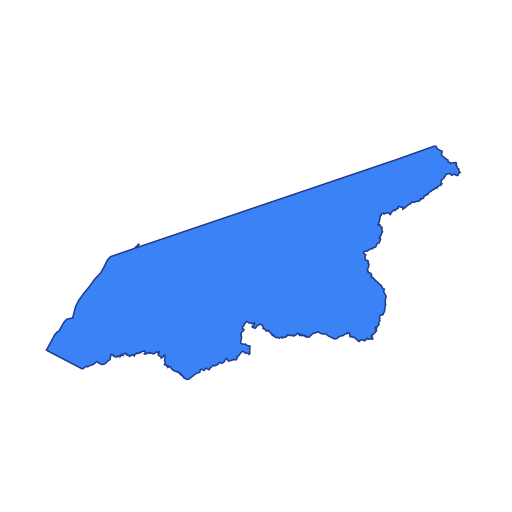 outline of Cantagallo, Bolívar, Colombia, rotated 207°
{"feature_id": "7082276B88554525849396", "entity_name": "Cantagallo", "entity_type": "district", "adm_level": 2, "iso_a3": "COL", "parent_name": "Colombia", "parent_adm1": "Bolívar", "projection": "natural_earth1", "projection_center": [-74.16, 7.216], "detail": "fine", "context": "isolated", "style": "filled", "palette": "blue", "viewbox_px": 512, "rotation_deg": 207, "n_neighbors": 0, "source": "geoboundaries", "source_scale": "gbopen_adm2", "svg_char_len": 6150}
<svg xmlns="http://www.w3.org/2000/svg" viewBox="0 0 512 512"><g transform="rotate(207 256 256)"><path d="M385.2,189.5L386.3,186.4L386.6,183.9L386.4,177.2L386.8,170.3L389.2,162.1L390.4,154.1L392.4,144.9L393.8,136.3L393.8,128.5L393.8,129.0L391.3,117.6L396.0,113.7L397.1,109.5L397.5,99.6L398.7,97.9L399.6,94.7L400.0,76.9L359.6,76.5L358.9,77.3L357.8,79.7L356.4,81.1L355.6,80.8L354.8,82.5L352.2,84.9L350.5,88.1L350.2,89.5L349.3,89.7L347.1,89.2L343.7,89.4L342.0,91.1L341.0,92.9L340.6,94.7L339.2,97.2L339.1,97.8L340.3,101.4L340.3,102.8L338.7,102.6L338.0,103.0L337.8,102.4L337.0,102.5L337.0,102.2L336.4,102.0L334.3,102.8L333.8,104.2L333.6,104.2L333.7,103.5L331.9,105.2L331.8,105.8L331.4,105.0L331.3,106.0L330.5,106.2L330.5,107.1L329.5,107.2L330.3,107.7L329.7,109.1L328.5,109.3L327.6,110.4L326.9,110.1L326.9,109.5L326.3,109.1L324.7,109.6L323.1,109.1L322.7,109.7L322.7,110.8L321.6,111.0L321.4,112.0L319.1,111.7L319.6,112.8L318.8,113.4L318.5,115.3L317.7,115.1L316.5,116.0L316.0,117.1L314.9,117.3L314.9,118.7L313.8,119.2L312.3,120.8L310.9,119.9L311.1,118.0L310.8,118.0L310.0,118.7L309.2,118.8L308.9,120.0L307.9,121.3L307.0,120.8L306.1,121.3L306.0,122.1L303.2,122.1L301.9,123.4L301.6,125.3L300.0,125.1L298.9,126.9L298.5,126.9L298.4,124.0L297.9,123.2L294.7,122.8L294.1,122.0L293.0,123.9L293.3,125.6L292.0,126.2L290.8,123.9L290.7,122.7L290.2,122.1L290.0,121.1L289.0,120.8L288.5,120.2L288.5,118.7L288.1,117.5L287.1,118.1L286.0,117.8L285.0,118.2L285.0,117.2L283.9,116.6L283.6,117.1L284.1,117.8L283.1,117.8L281.7,118.4L281.1,118.2L280.9,117.5L277.8,116.5L275.1,116.7L274.6,117.1L273.7,116.7L272.8,117.6L271.8,116.8L270.7,117.3L270.6,116.7L269.8,116.8L269.3,115.8L267.9,116.4L267.0,115.5L265.9,115.6L265.1,114.6L261.8,114.6L260.1,115.5L255.8,124.6L253.3,126.8L254.0,129.7L252.3,130.7L251.1,130.2L250.1,130.9L249.9,132.9L249.4,133.5L246.2,133.3L245.9,135.3L244.7,139.0L243.0,139.4L241.2,141.4L240.6,142.4L240.6,144.2L240.3,144.7L238.2,144.6L237.0,145.8L236.2,147.9L236.4,148.8L236.0,151.1L235.6,151.4L235.0,151.2L232.9,149.8L229.8,152.5L228.9,153.8L227.5,153.8L226.9,154.2L226.3,155.9L227.0,157.3L226.2,159.2L225.4,163.7L224.7,164.8L224.0,165.3L222.0,164.5L218.4,165.8L217.6,165.1L217.4,165.4L217.2,166.3L217.5,167.0L218.8,169.1L220.5,173.1L223.0,172.3L225.7,172.7L227.0,171.6L230.0,171.4L230.5,171.7L231.9,177.2L233.3,178.3L233.3,179.1L234.0,179.8L234.4,181.0L233.3,183.6L233.3,185.1L235.2,185.1L235.9,186.5L235.2,187.8L235.5,190.2L235.0,191.4L234.9,192.8L234.2,193.7L231.7,193.1L229.7,194.3L228.8,193.7L227.6,194.7L227.3,195.9L226.5,195.0L226.5,192.7L227.4,191.9L227.4,191.1L226.7,190.9L224.1,191.1L223.6,192.1L223.5,193.6L221.9,196.8L219.8,197.4L217.5,196.3L216.8,194.5L215.7,194.9L215.1,194.6L214.0,194.8L212.8,193.6L211.7,195.1L211.1,195.3L210.7,194.7L208.2,194.4L207.6,193.5L206.1,193.7L205.5,192.6L204.0,193.4L203.5,192.5L202.5,192.8L201.3,192.3L200.3,193.1L197.9,193.3L197.4,194.5L196.4,194.8L195.8,195.6L195.2,195.0L194.5,196.1L192.6,197.2L192.3,198.1L192.6,199.3L191.8,199.3L191.5,200.1L189.4,200.6L188.9,201.5L186.8,201.5L186.2,202.9L185.6,202.3L184.6,203.9L184.3,205.8L181.7,206.4L181.5,206.0L182.2,205.5L180.9,205.0L179.7,206.6L179.1,205.8L178.3,206.9L176.6,206.5L176.2,207.6L174.7,206.4L173.9,206.9L174.0,207.4L172.0,207.5L170.0,213.1L168.7,214.0L165.9,216.8L164.0,216.4L162.1,216.5L160.7,217.0L158.7,218.3L155.9,217.7L148.4,217.7L146.4,219.4L145.0,222.4L142.2,224.7L141.2,226.9L139.8,228.0L139.9,228.7L139.6,229.2L138.6,229.1L137.7,229.8L135.5,226.7L134.1,227.7L133.4,227.3L131.5,228.3L130.8,227.8L129.1,227.4L128.4,227.6L127.6,226.9L126.5,226.9L125.9,226.4L125.0,226.9L125.1,228.2L123.8,229.2L121.8,229.8L120.6,229.7L119.5,233.3L119.0,233.3L118.3,232.7L116.4,234.1L114.6,234.6L114.3,235.0L114.5,235.6L116.6,236.4L116.2,237.2L116.9,237.1L117.1,237.5L116.4,239.1L115.8,239.6L115.8,240.8L115.2,241.6L114.8,243.8L114.8,244.5L115.7,244.4L115.8,246.6L117.0,246.0L117.1,246.3L116.8,247.4L115.6,249.1L115.3,251.0L116.6,252.0L116.2,254.6L117.4,256.0L117.6,257.1L118.7,258.7L118.5,259.4L116.1,261.6L116.6,262.5L116.3,263.5L116.5,265.4L118.3,270.5L118.3,271.5L119.0,272.1L121.1,276.1L121.2,277.8L122.0,279.4L126.1,282.2L126.6,284.8L127.9,284.4L131.2,286.7L133.0,286.8L133.9,287.3L135.1,287.3L135.9,288.0L138.6,288.4L139.5,289.0L140.6,289.0L141.4,289.8L143.9,289.6L144.2,290.0L144.1,291.4L145.9,292.7L148.7,292.3L149.1,293.3L149.8,293.2L150.5,294.4L150.9,297.7L151.6,300.1L153.1,300.6L153.4,302.2L154.0,302.5L155.1,302.6L156.8,302.1L158.6,304.8L158.7,306.8L161.7,307.5L161.9,307.9L161.9,308.8L160.3,310.3L159.0,310.9L158.2,313.0L155.8,315.5L155.4,315.5L155.5,316.7L154.5,317.1L153.5,318.4L153.6,322.2L153.4,322.7L152.3,323.4L152.2,324.0L152.6,327.3L153.5,328.4L154.2,327.9L154.5,328.8L153.9,331.4L154.4,331.7L154.2,335.1L156.0,336.5L156.1,337.9L156.8,338.7L157.7,338.5L159.2,339.8L160.4,339.9L161.2,338.7L161.6,338.8L161.6,342.7L162.6,344.0L162.2,344.9L162.9,345.8L162.9,346.7L163.8,348.2L162.9,348.9L163.3,350.3L163.0,351.1L162.3,351.3L162.1,351.8L161.0,351.5L158.7,354.1L157.0,354.6L155.9,353.9L155.2,353.8L155.0,356.7L153.9,359.9L152.7,359.6L152.4,361.3L151.0,363.0L151.6,364.7L151.1,365.1L149.3,365.2L147.2,366.2L146.5,364.4L145.2,366.6L143.4,371.0L141.8,373.3L141.9,374.6L139.4,375.6L137.4,378.1L136.2,378.3L135.5,379.0L135.4,380.3L134.5,381.3L134.6,381.6L135.1,381.4L135.4,381.9L133.0,383.3L133.0,384.3L133.4,385.5L132.1,387.5L132.0,388.4L131.4,388.2L131.0,388.7L130.7,389.6L130.9,391.0L129.4,393.1L128.5,395.4L127.5,396.2L126.9,398.5L125.7,398.4L125.3,400.9L124.7,402.1L123.8,402.4L123.2,403.9L123.2,404.7L123.7,404.4L124.4,405.1L125.2,407.7L124.7,409.2L124.0,410.1L124.1,411.6L123.7,412.7L123.8,415.0L120.6,417.6L118.6,416.8L118.0,417.0L116.3,419.2L115.1,418.8L113.2,419.0L112.7,419.6L113.0,421.0L112.0,423.2L114.1,423.9L114.7,425.5L116.9,425.9L117.8,427.4L119.0,427.7L119.6,429.9L120.7,429.9L121.5,429.1L122.4,428.8L124.5,426.9L125.3,427.4L127.3,427.0L128.6,428.7L130.6,428.7L136.6,430.0L137.5,433.5L138.1,434.0L139.7,433.6L143.3,433.9L145.3,435.5L147.1,434.8L174.8,405.5L366.9,208.5L366.3,210.4L366.2,211.7L365.8,212.5L365.5,212.4L365.3,213.0L366.1,213.2L366.7,210.6L368.0,207.3L385.2,189.5Z" fill="#3b82f6" stroke="#1e3a8a" stroke-width="1.5"/></g></svg>